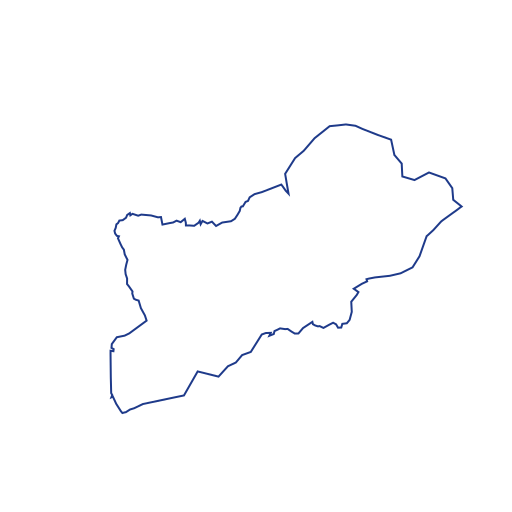 the district of Sia, Larnaca, Cyprus, rotated 55°
{"feature_id": "46923920B35097133451695", "entity_name": "Sia", "entity_type": "district", "adm_level": 2, "iso_a3": "CYP", "parent_name": "Cyprus", "parent_adm1": "Larnaca", "projection": "robinson", "projection_center": [33.386, 34.919], "detail": "fine", "context": "isolated", "style": "outline", "palette": "blue", "viewbox_px": 512, "rotation_deg": 55, "n_neighbors": 0, "source": "geoboundaries", "source_scale": "gbopen_adm2", "svg_char_len": 2404}
<svg xmlns="http://www.w3.org/2000/svg" viewBox="0 0 512 512"><g transform="rotate(55 256 256)"><path d="M333.4,59.3L333.4,59.2L332.7,59.4L332.2,59.5L323.1,62.2L313.0,56.3L312.4,56.3L301.1,56.3L286.8,66.4L284.7,82.6L274.8,90.5L263.8,83.6L263.3,83.7L252.5,84.7L252.4,84.6L238.2,78.6L226.7,86.8L213.0,95.9L206.4,99.8L199.8,106.9L195.9,114.1L191.9,121.2L193.1,140.4L197.2,156.6L198.2,167.8L205.4,185.0L214.0,189.1L223.6,193.6L219.6,194.2L214.3,194.2L212.0,194.3L207.0,214.6L204.5,221.7L204.3,227.5L206.3,231.0L205.7,233.5L206.7,235.8L207.8,238.3L207.1,239.5L207.6,241.1L209.8,243.5L211.7,247.7L213.4,252.0L213.2,256.5L209.2,264.5L208.5,271.5L202.6,272.4L201.5,277.1L196.6,279.7L198.2,283.1L194.9,281.8L195.8,283.9L195.8,289.3L192.8,293.0L190.8,295.9L188.5,294.4L184.7,293.0L185.1,298.3L181.5,300.8L181.0,304.7L179.4,308.1L176.6,314.6L169.6,311.5L168.1,314.1L162.6,318.7L156.3,326.2L155.4,329.4L150.6,333.0L150.6,335.6L148.5,334.7L148.5,338.0L150.1,340.5L150.2,344.6L148.6,347.6L149.9,350.1L150.0,352.2L152.5,354.8L154.2,357.5L156.8,358.5L159.7,358.4L161.2,357.0L162.3,358.9L168.4,360.1L172.2,360.7L175.0,360.6L179.4,362.6L185.5,363.5L188.6,367.2L192.3,371.1L196.1,373.2L200.5,374.5L205.0,377.7L208.0,377.5L214.2,377.5L215.8,378.9L220.9,380.5L222.8,379.6L225.2,377.7L232.7,380.2L241.0,381.1L246.2,382.7L246.7,404.2L245.9,409.3L242.7,416.6L245.4,424.6L248.4,427.1L250.6,426.0L252.2,427.4L250.2,429.5L252.6,431.2L271.9,444.4L285.3,453.3L287.4,453.5L288.8,455.5L289.1,453.9L296.9,455.3L305.7,455.7L308.0,455.5L308.9,453.0L309.2,452.5L309.3,452.3L309.5,447.2L310.8,443.2L312.4,433.5L325.4,403.1L328.9,395.0L317.1,370.0L333.3,355.9L330.2,342.2L331.7,333.6L329.2,324.2L331.6,315.3L323.6,296.3L324.7,292.2L327.4,288.0L329.0,290.8L330.1,286.2L328.1,283.9L328.7,280.7L329.1,277.8L332.6,274.1L333.9,271.9L338.2,270.3L341.8,268.7L343.8,265.7L342.0,258.8L342.3,247.6L344.5,248.5L346.8,247.4L349.2,245.6L349.9,244.1L353.6,242.0L354.3,235.4L354.9,231.1L357.9,229.6L361.8,229.9L363.5,227.2L361.1,224.2L363.2,220.2L362.2,216.5L361.9,215.8L356.7,209.6L348.1,204.2L345.7,195.8L344.3,192.8L338.9,194.7L339.5,185.2L340.5,179.5L338.4,178.8L339.1,176.9L339.2,176.6L341.8,170.8L349.0,157.7L353.1,147.5L355.1,134.3L350.0,122.2L340.5,108.9L337.6,104.8L337.5,103.4L336.7,97.4L336.5,95.9L334.2,85.8L333.9,84.4L333.8,82.1L333.6,69.4L333.6,67.0L333.5,63.1L333.4,61.5L333.4,59.3Z" fill="none" stroke="#1e3a8a" stroke-width="2"/></g></svg>